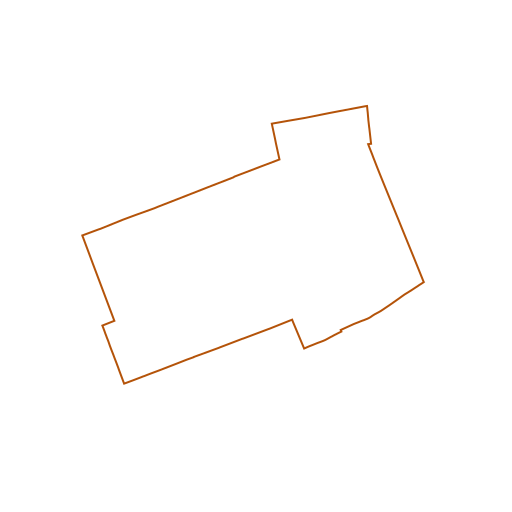 Cocora, Ialomita, Romania, rotated 47°
{"feature_id": "2599482B22820345883156", "entity_name": "Cocora", "entity_type": "district", "adm_level": 2, "iso_a3": "ROU", "parent_name": "Romania", "parent_adm1": "Ialomita", "projection": "orthographic", "projection_center": [27.071, 44.753], "detail": "fine", "context": "isolated", "style": "outline", "palette": "amber", "viewbox_px": 512, "rotation_deg": 47, "n_neighbors": 0, "source": "geoboundaries", "source_scale": "gbopen_adm2", "svg_char_len": 2262}
<svg xmlns="http://www.w3.org/2000/svg" viewBox="0 0 512 512"><g transform="rotate(47 256 256)"><path d="M245.9,433.9L259.4,439.5L261.0,435.7L262.6,431.8L262.7,431.6L266.4,422.5L267.0,420.9L267.7,419.4L268.7,416.8L269.8,414.1L269.9,413.8L273.4,405.4L280.3,388.2L284.6,377.3L287.5,370.6L287.4,370.4L297.9,345.6L298.0,345.2L307.3,322.3L307.6,321.8L318.1,296.3L318.2,296.2L327.2,273.0L329.9,274.1L330.2,274.2L356.5,283.9L356.7,283.3L357.1,282.3L357.2,281.8L358.5,278.2L359.7,275.2L361.2,271.3L361.5,270.5L362.9,267.2L363.8,265.0L364.6,262.8L365.2,260.6L366.3,256.2L366.6,255.3L366.9,254.0L367.4,252.1L367.7,251.2L367.9,250.5L368.1,249.7L368.2,249.4L368.4,248.7L369.5,245.1L367.9,244.5L372.4,231.0L373.1,229.2L373.3,228.7L373.7,227.7L374.7,225.2L375.0,224.3L375.4,223.4L375.7,222.6L375.9,222.1L376.4,221.1L377.0,219.5L377.5,218.2L377.7,217.8L378.0,216.8L378.2,216.3L378.5,215.1L378.6,214.7L378.8,213.9L378.8,213.6L379.0,212.5L379.0,212.1L379.2,211.0L379.5,209.4L379.8,208.1L379.9,207.8L380.0,207.6L380.1,207.1L380.4,205.9L380.7,204.9L380.9,204.0L381.4,201.9L381.5,201.1L381.8,199.4L382.1,197.4L382.9,192.5L384.5,181.0L384.7,179.6L385.0,177.0L385.5,173.4L386.1,170.5L387.1,165.3L387.8,161.1L388.3,158.4L388.6,156.2L388.9,154.8L389.3,152.5L389.5,151.3L389.5,151.1L389.4,151.1L388.9,150.9L376.7,146.2L364.7,141.6L336.3,130.8L325.9,126.8L322.4,125.5L290.3,113.3L280.4,109.5L272.2,106.3L266.2,103.9L264.9,103.4L264.4,103.2L260.8,101.7L254.4,99.2L250.7,97.7L252.4,95.3L246.2,90.7L240.0,86.1L238.7,85.2L232.9,80.9L232.2,80.3L231.4,79.7L227.2,76.4L225.7,75.3L222.7,73.0L222.0,72.5L220.9,74.1L206.6,96.7L201.5,104.8L187.9,126.8L178.9,140.5L170.0,154.2L183.5,162.3L187.2,164.6L194.3,168.8L201.4,173.0L194.0,191.1L183.2,217.7L183.1,218.8L172.7,244.8L165.1,264.0L153.2,293.9L151.8,297.7L144.2,315.4L142.6,319.2L138.6,328.8L130.0,351.3L129.2,353.0L125.4,362.1L122.9,368.1L122.5,369.0L122.9,369.2L123.0,369.2L123.1,369.3L123.6,369.5L124.2,369.7L125.6,370.3L140.6,376.5L149.7,380.3L206.8,403.8L202.1,415.8L202.9,416.1L205.8,417.3L208.2,418.3L210.0,419.1L211.8,419.8L213.9,420.7L217.0,421.9L218.2,422.4L222.0,424.1L224.2,425.0L225.9,425.7L226.9,426.1L230.7,427.6L234.3,429.1L238.3,430.7L241.7,432.1L243.2,432.7L245.9,433.9Z" fill="none" stroke="#b45309" stroke-width="2"/></g></svg>